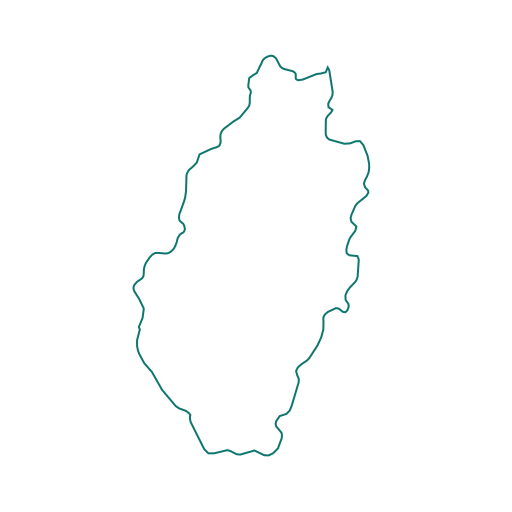 an SVG outline of Meuse, rotated 20°
{"feature_id": "FRA-5326", "entity_name": "Meuse", "entity_type": "Metropolitan department", "adm_level": 1, "iso_a3": "FRA", "parent_name": "France", "parent_adm1": "", "projection": "orthographic", "projection_center": [5.366, 49.01], "detail": "fine", "context": "isolated", "style": "outline", "palette": "teal", "viewbox_px": 512, "rotation_deg": 20, "n_neighbors": 0, "source": "natural_earth", "source_scale": "10m", "svg_char_len": 2858}
<svg xmlns="http://www.w3.org/2000/svg" viewBox="0 0 512 512"><g transform="rotate(20 256 256)"><path d="M258.9,54.3L261.3,56.4L271.9,75.5L272.8,78.6L272.7,82.1L272.0,85.3L271.8,88.3L273.2,91.3L277.9,92.6L277.4,95.5L275.4,100.0L274.9,102.9L275.3,104.9L279.6,117.1L280.4,118.6L282.5,120.6L285.0,121.5L300.6,120.3L305.9,118.0L310.3,114.2L314.3,112.5L318.9,115.0L326.5,123.6L330.7,130.5L332.2,134.4L333.2,138.8L333.1,143.3L332.5,147.5L332.7,151.2L335.1,154.2L339.0,156.2L339.9,158.1L339.2,161.8L333.1,171.9L332.2,175.2L331.6,184.4L331.9,188.1L334.1,191.3L340.2,193.9L340.7,198.3L338.5,205.6L338.0,208.3L338.2,215.9L338.9,219.6L340.4,222.5L343.5,223.4L351.3,221.4L353.8,224.2L358.5,240.4L358.7,243.6L358.1,246.5L354.9,253.7L353.7,258.0L353.5,262.3L355.0,266.2L356.2,267.4L359.0,269.2L360.0,270.7L360.5,272.6L360.5,274.8L360.0,276.9L359.1,278.3L356.8,278.8L351.6,277.1L348.9,277.7L342.8,283.8L341.2,286.5L340.4,288.7L340.4,290.8L341.0,292.7L341.9,294.7L344.4,302.0L345.1,310.3L344.4,318.9L341.0,333.7L339.7,336.7L335.4,342.6L333.4,346.4L333.0,350.3L335.3,353.7L338.1,356.7L339.3,360.0L340.8,384.9L340.5,389.8L338.6,394.0L333.0,398.3L331.5,404.3L331.9,407.2L333.3,409.2L340.3,413.3L341.2,414.5L342.1,416.7L342.5,419.1L342.4,427.8L342.6,428.9L339.7,435.3L336.2,439.0L331.9,440.4L321.1,439.3L309.1,448.0L305.5,448.9L298.6,448.0L295.4,448.3L284.2,455.7L278.8,457.7L273.4,455.2L251.3,434.3L249.6,431.5L248.8,429.3L248.8,428.4L248.7,427.9L246.6,426.5L243.0,425.5L235.8,425.5L231.7,424.4L213.5,413.9L197.9,400.6L187.6,394.9L179.9,388.1L177.4,385.2L175.2,381.6L173.9,378.3L173.0,375.5L172.0,364.8L170.2,362.8L170.6,353.0L168.8,344.8L168.3,343.5L161.1,336.5L153.8,330.8L152.8,329.8L151.7,327.7L151.5,325.0L153.0,321.0L156.7,315.8L157.1,313.3L156.3,310.0L155.3,307.3L154.8,303.9L154.9,300.2L156.6,293.7L158.1,290.1L160.2,287.7L162.5,286.7L169.9,284.7L171.8,283.8L173.0,282.9L174.3,281.3L175.4,279.3L176.3,277.1L176.7,274.3L176.8,270.9L176.3,266.0L177.0,262.3L178.1,260.4L178.9,259.5L179.3,259.2L179.6,258.7L180.1,257.3L180.0,255.1L178.4,252.3L176.7,250.7L172.1,248.9L170.7,246.8L169.7,243.2L169.7,228.7L169.3,224.6L168.0,218.8L163.0,203.6L163.0,200.9L163.6,198.1L165.8,194.2L168.4,188.6L168.2,179.8L177.3,170.7L182.3,166.8L183.8,165.0L184.0,162.1L183.3,159.6L182.1,157.2L181.3,154.9L181.0,152.7L181.2,150.4L182.3,147.4L188.9,137.2L193.3,131.7L197.3,120.7L198.2,117.2L197.8,114.4L195.8,108.7L195.4,106.7L195.3,105.1L195.1,103.8L194.3,102.3L191.3,100.3L190.5,98.7L189.0,92.2L188.9,91.2L188.9,90.7L189.7,89.7L191.0,87.7L194.1,83.8L194.7,78.3L194.7,76.6L195.2,73.9L195.3,72.5L195.3,71.1L195.5,69.4L196.5,67.3L198.2,65.1L201.1,62.8L204.0,62.2L207.2,63.4L213.7,69.3L215.7,70.3L217.9,70.7L227.3,69.8L229.2,70.2L230.9,71.1L231.7,72.9L232.2,74.7L233.1,76.1L235.3,76.5L239.5,74.3L250.7,64.3L254.4,62.4L258.7,59.5L258.9,54.3Z" fill="none" stroke="#0f766e" stroke-width="2"/></g></svg>